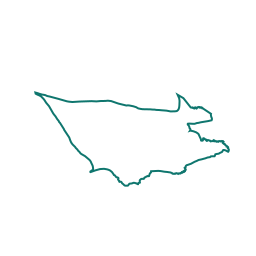 outline of Pakkading, Bolikhamxai, Laos, rotated 123°
{"feature_id": "54806243B78730192124512", "entity_name": "Pakkading", "entity_type": "district", "adm_level": 2, "iso_a3": "LAO", "parent_name": "Laos", "parent_adm1": "Bolikhamxai", "projection": "equal_earth", "projection_center": [104.112, 18.224], "detail": "fine", "context": "isolated", "style": "outline", "palette": "teal", "viewbox_px": 256, "rotation_deg": 123, "n_neighbors": 0, "source": "geoboundaries", "source_scale": "gbopen_adm2", "svg_char_len": 5339}
<svg xmlns="http://www.w3.org/2000/svg" viewBox="0 0 256 256"><g transform="rotate(123 128 128)"><path d="M70.9,66.1L70.8,75.8L71.1,76.4L70.9,76.7L70.6,76.8L70.6,77.0L70.6,77.3L70.8,77.4L70.8,77.5L71.1,77.7L71.1,77.8L71.0,78.1L71.8,78.6L71.8,78.8L71.6,79.0L71.8,79.2L71.9,79.5L71.6,79.7L71.8,80.1L72.2,80.2L72.4,80.7L72.9,80.8L73.2,81.3L73.3,81.3L73.4,81.1L73.7,81.1L73.5,81.5L73.9,81.2L74.1,81.4L74.4,81.4L74.5,81.8L74.3,82.2L74.2,82.7L74.4,82.7L74.4,83.0L74.5,83.1L75.1,83.1L75.2,83.3L75.4,83.3L75.3,83.6L75.6,83.7L75.6,83.9L75.7,84.0L75.7,84.3L75.6,84.6L75.7,84.8L75.6,85.1L75.7,85.3L76.0,85.5L76.1,85.3L76.3,85.9L76.6,86.6L72.8,97.8L73.1,104.5L75.1,101.4L76.5,100.1L77.4,99.4L81.1,97.2L82.9,96.3L84.3,95.9L85.2,95.8L86.0,95.9L86.8,96.1L87.4,96.5L88.2,97.4L90.9,101.3L92.4,105.0L93.4,106.9L94.9,109.6L95.7,111.2L97.4,114.1L98.2,115.9L99.2,117.5L100.3,119.6L104.3,126.0L105.2,128.0L106.0,130.1L106.1,132.5L106.9,135.4L108.4,139.2L109.1,140.5L109.9,141.4L110.1,141.8L112.7,149.2L113.1,150.7L114.6,156.8L116.1,159.8L117.7,161.8L120.1,165.4L122.9,169.0L124.0,170.9L125.4,173.3L132.1,182.9L136.5,188.8L138.1,191.9L138.9,193.8L141.5,202.3L144.3,210.9L145.2,213.2L145.5,215.3L146.0,216.6L146.7,218.1L147.6,221.0L147.9,222.4L148.7,225.0L149.4,224.3L149.5,224.2L149.5,223.7L149.3,222.7L149.4,222.4L149.2,221.7L149.2,221.3L149.1,221.1L149.0,220.2L148.8,218.4L148.9,217.8L149.6,214.7L150.0,213.5L151.4,210.4L152.7,206.1L156.5,198.7L157.0,197.4L157.7,195.2L159.1,192.2L159.5,191.0L159.8,190.0L160.4,189.2L160.8,187.7L163.9,181.0L164.3,180.6L167.8,172.5L168.2,171.8L169.6,170.0L170.9,168.1L171.1,167.5L171.4,167.2L172.0,165.4L172.7,162.0L173.2,160.9L173.6,158.8L174.2,157.5L174.5,155.7L175.1,154.1L175.2,153.5L175.2,152.5L175.0,148.7L175.7,143.2L175.9,142.3L176.3,141.3L176.8,140.4L177.2,139.9L178.4,137.9L179.0,137.0L179.8,136.2L181.0,135.2L181.8,134.7L182.8,134.3L183.0,134.9L183.1,135.1L183.4,135.3L184.3,135.5L184.8,135.8L185.1,135.8L185.4,135.6L185.4,135.4L181.2,132.2L177.7,129.1L175.3,125.9L174.1,123.1L173.6,121.4L173.4,119.7L173.7,117.3L174.3,115.9L174.4,115.5L175.1,114.2L174.9,113.6L174.9,113.2L175.6,111.1L175.5,110.5L175.2,110.1L175.2,109.7L175.1,109.3L175.1,109.0L175.6,108.5L176.0,108.5L176.6,108.3L176.7,108.0L176.9,107.5L177.1,107.1L177.1,106.6L177.2,106.4L177.5,106.4L177.8,106.0L177.8,105.8L177.4,105.5L176.9,104.6L177.0,103.8L177.5,103.0L177.6,102.6L177.7,101.3L178.0,100.0L178.0,99.4L177.9,99.0L176.7,97.1L176.3,96.7L175.8,96.6L174.9,96.6L173.9,96.4L172.5,94.7L171.8,94.1L171.1,93.7L170.6,92.9L170.3,92.4L170.2,91.6L169.8,90.7L169.9,89.5L169.6,89.0L168.9,89.3L168.5,89.3L168.3,89.2L168.1,88.9L167.6,88.5L167.3,88.3L166.8,88.8L165.5,89.6L165.0,89.6L163.6,89.2L162.9,88.5L162.5,87.6L162.0,87.1L161.8,87.0L161.3,87.2L160.4,87.1L159.9,86.6L158.8,86.2L157.5,85.3L157.5,84.9L156.9,84.2L155.7,84.5L155.3,84.6L154.7,84.8L154.1,84.9L153.2,84.6L152.6,84.6L151.7,85.1L147.5,79.3L146.3,77.1L144.9,73.8L143.5,71.1L142.7,69.3L142.3,68.6L142.2,68.0L141.8,66.8L142.0,66.3L141.9,65.9L142.0,65.8L141.9,65.3L141.7,65.2L141.4,64.5L140.9,64.1L140.9,63.7L140.6,63.4L140.4,63.4L140.4,63.5L140.2,63.4L139.7,63.0L139.4,62.6L139.3,62.3L139.4,62.0L139.2,61.7L139.2,60.9L138.9,60.8L138.3,60.6L138.2,60.1L137.9,59.5L137.8,59.4L137.5,59.2L137.1,59.4L136.4,58.6L136.2,58.8L135.9,58.7L135.7,58.8L135.4,58.2L135.4,57.9L135.1,57.8L135.1,58.0L134.9,58.0L134.7,57.6L134.6,57.4L134.4,57.1L133.5,57.0L133.2,56.7L132.6,57.0L132.7,57.3L131.9,56.9L131.6,57.3L131.3,57.2L130.9,58.2L130.7,58.6L130.3,58.3L130.0,58.2L129.8,58.5L129.6,58.4L129.5,58.5L128.5,58.8L127.7,58.7L127.2,58.5L126.4,57.8L123.7,55.7L120.0,53.7L118.0,52.3L116.4,51.4L114.2,49.2L112.5,47.7L111.3,46.6L109.4,45.2L107.8,43.4L107.3,43.2L106.6,43.0L105.4,41.3L104.8,40.3L104.5,40.0L103.7,40.1L102.5,40.4L101.4,39.4L101.0,38.9L100.1,37.9L99.1,37.5L97.2,36.3L96.8,36.1L95.9,36.1L94.9,36.2L94.6,36.1L94.2,35.6L93.8,34.6L93.6,33.7L93.4,31.1L92.9,31.0L92.5,31.4L91.9,31.3L91.2,31.7L91.0,32.2L90.6,32.6L90.6,33.0L90.5,33.4L90.3,33.6L90.0,33.6L89.8,33.6L89.8,33.9L89.5,34.0L89.5,34.6L89.8,35.2L89.6,35.3L89.3,35.2L89.2,35.6L89.4,36.8L89.1,37.4L89.1,37.7L89.0,37.8L88.9,37.8L88.8,38.1L89.0,38.4L89.1,38.9L89.0,39.0L88.8,39.0L88.9,39.6L89.0,39.7L89.0,39.9L88.9,40.3L88.6,40.3L88.3,40.6L88.0,40.6L87.6,40.5L87.6,41.0L87.3,41.3L87.4,41.5L87.7,41.5L88.2,41.8L88.2,42.0L88.1,42.4L88.1,42.7L88.5,43.1L88.9,43.2L89.1,44.1L89.5,44.6L90.2,44.7L90.2,45.2L90.6,45.3L90.8,45.6L90.8,46.3L91.1,46.4L91.2,46.2L91.3,46.3L91.3,47.2L91.4,47.8L91.4,48.1L91.6,48.1L91.5,48.5L92.2,48.6L92.3,48.7L92.3,49.1L91.9,49.4L91.8,49.6L92.1,49.7L92.3,49.5L92.6,49.6L93.4,50.5L93.8,51.2L94.2,51.4L94.2,51.8L93.9,52.1L94.1,52.6L94.1,53.0L94.4,53.6L94.5,54.3L95.1,54.6L95.8,54.7L95.9,54.8L95.9,55.2L95.8,55.6L95.4,55.5L95.1,55.6L95.1,55.9L95.3,56.1L95.4,57.0L95.4,57.6L95.3,58.0L95.3,58.7L95.4,59.0L95.8,59.3L96.3,59.1L96.4,58.9L96.4,58.6L96.6,58.4L96.8,58.4L97.1,58.6L97.6,58.8L97.9,58.6L98.2,58.8L98.7,59.7L98.6,60.0L97.7,60.8L97.3,61.3L96.7,62.4L95.0,65.0L94.6,65.8L94.5,66.8L94.5,68.5L95.1,71.3L96.0,73.7L96.0,74.1L96.5,74.5L95.8,74.5L95.2,74.8L94.9,75.3L94.7,75.7L94.8,76.0L94.2,76.7L93.4,77.5L92.9,78.4L92.6,79.7L92.1,80.1L91.8,80.1L91.0,79.1L88.8,75.3L88.2,74.4L86.3,72.9L85.4,71.8L83.5,70.0L78.5,64.5L76.0,62.1L75.1,62.3L74.6,62.6L74.0,63.2L73.5,64.0L72.2,65.4L71.5,65.9L70.9,66.1Z" fill="none" stroke="#0f766e" stroke-width="2"/></g></svg>